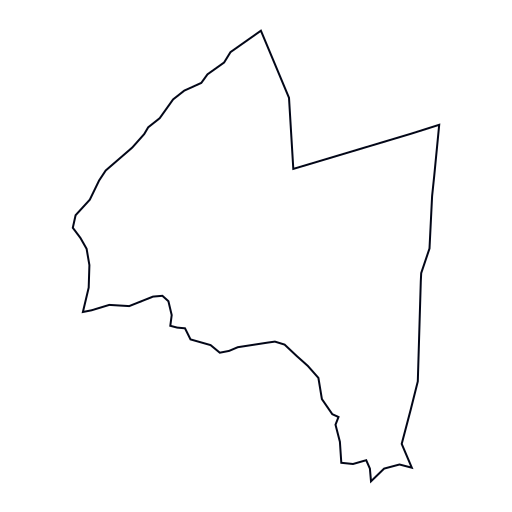 Luís Gomes, Rio Grande do Norte, Brazil (Natural Earth projection)
{"feature_id": "56859067B37861563649073", "entity_name": "Luís Gomes", "entity_type": "district", "adm_level": 2, "iso_a3": "BRA", "parent_name": "Brazil", "parent_adm1": "Rio Grande do Norte", "projection": "natural_earth1", "projection_center": [-38.413, -6.378], "detail": "fine", "context": "isolated", "style": "outline", "palette": "ink", "viewbox_px": 512, "rotation_deg": 0, "n_neighbors": 0, "source": "geoboundaries", "source_scale": "gbopen_adm2", "svg_char_len": 960}
<svg xmlns="http://www.w3.org/2000/svg" viewBox="0 0 512 512"><path d="M148.2,127.3L144.2,134.1L132.3,147.5L105.7,170.5L99.1,180.5L89.8,199.7L75.6,215.2L72.8,227.8L80.4,237.9L86.6,248.8L89.4,265.1L88.7,287.6L86.4,297.3L82.9,312.0L91.5,310.3L109.3,304.9L129.2,306.1L153.0,296.6L162.4,295.8L168.4,301.2L171.7,315.1L170.3,325.8L177.2,327.6L185.0,328.3L190.5,339.4L210.6,345.1L219.8,352.7L229.1,350.9L237.8,347.2L267.7,342.6L274.9,341.6L284.6,344.6L296.7,356.0L307.8,365.9L318.4,377.9L321.9,399.1L332.3,414.2L338.5,417.0L335.5,424.7L339.9,441.8L341.3,462.8L353.0,464.0L366.2,460.2L369.9,468.6L371.0,481.3L384.1,468.6L399.5,464.5L411.8,467.7L401.7,443.9L410.7,409.7L417.8,381.4L420.8,281.1L421.2,273.1L429.5,248.5L432.1,196.1L434.2,176.1L439.2,124.8L411.1,133.7L402.4,136.3L389.0,140.3L293.3,168.9L289.0,97.8L260.9,30.7L230.5,52.1L224.1,62.5L207.5,74.3L201.3,82.9L184.3,90.6L173.1,99.4L159.7,118.2L148.2,127.3Z" fill="none" stroke="#020617" stroke-width="2"/></svg>